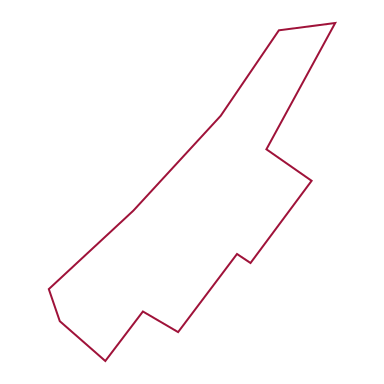 the district of Yangiyul city, Tashkent, Uzbekistan
{"feature_id": "79887680B38656408263459", "entity_name": "Yangiyul city", "entity_type": "district", "adm_level": 2, "iso_a3": "UZB", "parent_name": "Uzbekistan", "parent_adm1": "Tashkent", "projection": "orthographic", "projection_center": [69.026, 41.087], "detail": "fine", "context": "isolated", "style": "outline", "palette": "rose", "viewbox_px": 384, "rotation_deg": 0, "n_neighbors": 0, "source": "geoboundaries", "source_scale": "gbopen_adm2", "svg_char_len": 291}
<svg xmlns="http://www.w3.org/2000/svg" viewBox="0 0 384 384"><path d="M311.6,180.8L266.4,149.3L335.2,23.0L278.9,30.3L220.7,115.8L133.4,210.6L48.8,289.1L59.8,321.2L105.3,361.0L142.9,311.5L178.1,332.1L237.0,254.0L250.5,263.0L311.6,180.8Z" fill="none" stroke="#9f1239" stroke-width="2"/></svg>